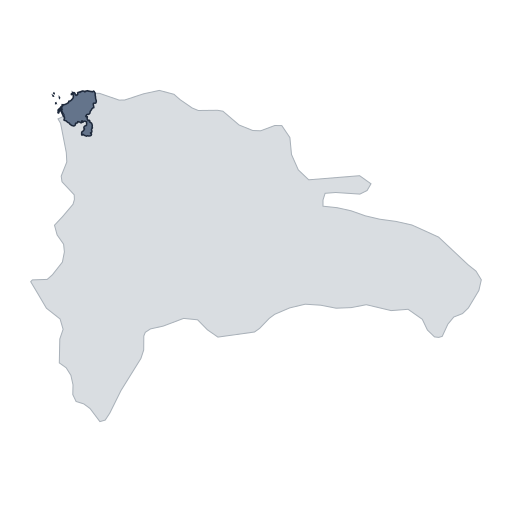 San Fernando de Monte Cristi, Monte Cristi, Dominican Republic (highlighted)
{"feature_id": "3306468B8968248816263", "entity_name": "San Fernando de Monte Cristi", "entity_type": "district", "adm_level": 2, "iso_a3": "DOM", "parent_name": "Dominican Republic", "parent_adm1": "Monte Cristi", "projection": "natural_earth1", "projection_center": [-71.673, 19.756], "detail": "fine", "context": "in_parent", "style": "filled", "palette": "slate", "viewbox_px": 512, "rotation_deg": 0, "n_neighbors": 0, "source": "geoboundaries", "source_scale": "gbopen_adm2", "svg_char_len": 6374}
<svg xmlns="http://www.w3.org/2000/svg" viewBox="0 0 512 512"><path d="M59.3,362.9L59.8,339.0L63.1,329.3L60.1,319.0L46.4,308.2L38.1,294.1L30.7,281.7L32.4,279.9L47.2,279.4L52.4,274.8L62.4,262.1L64.4,251.9L63.6,244.2L57.1,234.9L54.5,225.2L62.5,216.7L73.0,204.3L74.4,199.5L74.2,194.8L62.0,181.8L61.2,176.1L66.8,162.0L66.3,152.6L60.6,123.3L58.0,118.9L63.4,116.4L67.0,107.7L71.7,99.9L78.0,95.7L85.2,93.1L99.4,93.3L119.1,100.1L124.7,100.0L143.6,93.8L159.3,90.4L174.0,94.3L180.0,99.6L192.2,108.0L198.3,110.5L217.6,110.3L222.9,111.2L239.1,125.0L252.7,130.5L260.6,130.8L274.8,125.5L281.8,125.6L289.9,137.6L291.5,154.5L298.3,169.9L308.7,179.8L359.6,175.7L371.0,183.8L367.1,190.5L359.9,194.1L335.7,192.5L325.1,193.3L323.0,200.0L323.0,206.2L337.2,207.7L351.1,210.8L365.2,215.8L379.7,219.2L395.9,221.4L411.9,225.0L438.6,237.1L468.1,264.8L476.0,271.1L481.3,279.8L478.9,290.4L468.4,307.9L462.5,313.6L453.8,317.0L447.9,324.1L442.2,336.4L438.7,337.4L434.5,336.9L427.4,330.0L422.3,319.3L408.1,309.3L391.2,310.6L366.3,304.7L351.2,307.6L336.1,308.2L320.7,305.2L305.2,304.2L289.7,307.9L274.7,314.3L269.2,318.4L259.6,328.4L254.5,332.0L217.9,337.1L207.4,329.8L197.6,319.8L183.6,318.4L163.2,326.1L150.5,328.9L145.3,332.3L143.8,336.0L143.7,350.0L140.9,358.5L121.0,390.5L109.8,413.1L105.2,420.1L99.9,421.6L90.1,408.6L83.8,403.9L76.1,401.5L72.8,394.6L73.0,384.8L70.9,375.3L66.2,367.8L59.3,362.9Z" fill="#d9dde1" stroke="#a8b0b8" stroke-width="1"/><path d="M91.4,134.7L91.5,134.3L91.4,133.9L91.2,133.6L90.6,133.3L90.5,132.9L90.7,132.7L91.4,132.6L91.8,131.9L91.9,131.0L91.6,130.1L91.5,129.4L91.6,129.0L92.3,128.1L92.4,127.9L92.4,127.6L92.1,127.3L92.0,127.1L92.2,126.8L92.3,125.5L92.2,124.9L92.0,124.4L91.8,123.7L91.4,123.0L90.8,122.7L89.9,122.2L89.8,121.8L89.9,121.3L89.9,121.1L89.6,120.7L89.3,120.3L88.9,120.2L88.5,120.6L88.4,120.7L88.2,120.7L87.7,119.9L87.3,119.3L87.2,118.9L87.2,117.8L87.4,117.1L87.4,116.9L87.3,116.7L87.1,116.7L86.5,116.9L86.3,116.9L85.9,116.5L85.7,116.1L85.9,115.9L86.3,115.5L86.5,114.9L86.6,114.7L87.6,114.3L88.4,114.4L89.0,114.1L89.8,113.3L90.0,112.9L90.1,111.8L90.5,111.0L91.4,109.9L91.7,109.1L92.9,107.9L93.8,107.6L93.7,106.3L93.4,105.2L93.3,104.0L93.4,103.4L93.7,103.2L95.1,103.2L95.6,103.1L95.9,102.8L96.2,102.0L96.3,101.3L96.3,100.8L95.6,98.5L95.5,96.6L95.2,95.4L95.2,93.6L95.1,93.0L94.5,92.2L94.2,91.5L93.6,91.1L92.9,91.4L92.5,91.8L92.2,91.8L91.6,91.6L91.4,91.5L91.1,91.5L91.0,91.4L90.8,91.4L90.7,91.5L90.5,91.4L89.7,91.3L89.6,91.2L89.3,91.3L88.9,91.1L88.7,91.2L88.4,91.0L88.1,91.1L87.9,90.8L87.5,90.7L86.6,90.9L86.3,91.0L86.1,91.0L85.9,91.1L85.7,91.1L85.5,91.3L85.8,91.3L85.7,91.5L85.2,91.7L85.0,91.8L84.8,91.8L84.8,91.7L85.3,91.5L85.3,91.4L85.2,91.3L84.8,91.4L84.7,91.5L84.3,91.4L84.2,91.4L83.9,91.1L82.5,91.1L82.3,91.0L82.2,91.1L81.8,91.2L81.7,91.4L81.0,91.5L80.6,91.7L80.6,91.9L80.1,92.0L79.9,92.4L79.6,92.3L79.5,92.0L79.0,92.2L78.8,92.3L78.6,92.3L78.3,92.4L78.1,92.4L77.6,92.9L77.8,93.3L77.7,93.8L77.8,94.2L77.4,94.7L77.2,94.7L77.1,95.0L76.8,95.1L76.5,95.1L76.3,95.3L76.0,95.0L75.7,95.1L75.3,94.8L75.2,94.5L75.1,94.3L75.1,94.1L75.1,93.7L75.0,93.4L74.3,92.7L74.2,92.7L74.1,92.8L74.0,92.6L73.7,92.6L73.3,92.6L73.3,92.9L73.2,93.2L72.7,93.3L72.5,93.0L72.5,93.4L72.6,93.5L72.5,93.8L72.9,94.1L73.0,94.5L73.2,94.8L73.2,95.2L73.3,95.5L73.2,96.0L73.4,96.4L73.3,96.7L73.4,97.0L73.2,97.8L72.8,98.2L72.7,98.6L72.3,99.1L72.0,99.3L71.8,99.7L71.6,99.7L71.5,100.0L70.8,100.6L70.1,100.9L70.1,101.0L68.8,101.2L68.7,101.3L68.7,102.0L68.6,102.5L68.3,102.7L68.2,102.9L67.9,102.9L67.8,103.0L67.7,103.0L67.3,103.3L66.8,103.7L66.2,103.9L66.1,104.0L65.5,104.3L65.3,104.3L64.9,104.5L64.1,104.7L63.3,104.7L63.3,104.8L62.6,104.8L62.8,105.1L62.8,105.7L62.6,105.9L62.5,106.0L62.4,106.0L62.2,106.4L61.9,106.5L62.1,106.2L62.4,106.0L62.4,105.8L62.5,105.8L62.6,105.6L62.4,105.6L62.4,105.2L62.2,105.0L62.1,105.3L62.1,105.8L61.9,106.1L61.2,106.7L60.8,107.1L60.7,107.1L60.6,107.5L60.4,107.6L60.0,108.1L59.1,109.0L58.9,109.0L58.7,109.3L58.4,109.7L58.2,109.8L58.0,110.1L58.0,110.3L58.3,110.6L58.3,111.0L58.1,111.6L57.9,112.5L58.0,112.8L58.4,112.9L58.5,113.0L58.8,112.8L58.9,112.4L58.6,112.4L58.5,112.1L58.5,111.5L58.6,111.4L59.2,111.4L59.5,111.1L59.8,110.9L59.9,110.3L59.7,110.3L59.6,110.1L59.5,109.8L60.0,110.0L60.5,110.0L60.4,109.6L60.7,109.3L60.7,109.0L61.0,109.0L61.4,109.1L61.5,109.1L61.2,108.8L61.1,108.6L61.2,107.9L61.3,107.9L61.7,107.9L61.8,107.7L61.9,107.9L61.9,108.1L61.6,108.3L61.5,108.5L61.8,109.0L61.6,109.1L61.5,109.5L61.7,109.8L61.7,110.3L61.8,110.5L61.8,111.2L61.5,111.6L61.4,111.6L61.2,111.5L61.3,111.7L61.4,111.9L61.6,112.1L61.7,112.6L61.8,112.9L61.8,112.0L62.1,111.8L62.3,111.9L62.3,112.3L62.5,112.5L62.5,112.8L62.4,113.2L62.6,113.2L62.8,113.1L63.0,113.4L62.8,113.5L62.7,113.4L62.3,113.3L62.2,113.2L62.0,113.3L62.2,113.7L62.3,113.9L62.4,114.0L62.5,114.3L62.7,114.8L63.0,115.1L63.0,115.5L63.1,115.9L63.3,116.0L63.3,115.8L63.4,115.7L63.5,115.7L63.8,115.4L63.8,115.7L64.0,116.1L64.0,116.3L63.9,116.3L63.8,116.1L63.7,116.1L63.7,116.3L63.9,116.4L63.9,116.8L64.0,116.9L64.1,117.1L64.4,117.1L64.5,117.2L64.4,118.1L64.5,118.2L64.5,118.4L64.4,118.5L64.2,119.0L64.2,119.4L64.2,119.7L64.0,119.8L64.1,120.2L64.6,120.3L65.0,120.6L66.1,120.8L67.5,122.2L68.2,122.6L69.0,122.9L69.4,123.3L69.8,124.1L70.6,124.5L71.1,125.1L71.8,125.5L72.8,125.7L73.3,125.9L73.6,126.0L74.1,125.9L74.7,125.6L75.1,125.2L75.4,124.8L75.5,123.6L75.6,123.3L75.9,123.2L76.8,123.1L77.4,122.8L77.6,122.6L77.7,121.7L77.9,121.6L78.3,121.6L78.9,121.9L79.7,122.0L80.6,122.7L81.1,122.8L81.4,122.8L81.6,122.6L81.7,121.3L81.8,121.0L82.0,120.8L82.3,120.9L82.4,121.0L82.5,121.9L82.6,122.2L82.8,122.2L83.1,122.1L83.7,121.4L84.1,121.2L85.1,121.2L86.4,121.7L86.5,121.8L86.6,122.0L86.5,122.6L86.7,123.4L86.5,124.2L86.6,124.8L86.6,125.0L86.1,125.6L85.4,125.8L84.7,126.1L84.3,126.5L83.9,127.3L83.9,128.0L84.0,128.4L84.4,128.7L84.5,129.0L84.0,129.7L83.7,130.5L82.9,131.2L82.1,131.7L81.7,132.3L81.6,134.1L81.7,134.8L81.9,135.1L82.2,135.1L82.7,134.5L82.9,134.4L83.1,134.4L84.3,135.4L85.2,135.6L86.4,136.2L87.5,135.7L88.5,136.0L90.0,135.9L91.1,135.4L91.4,134.7ZM71.9,93.9L71.6,93.7L71.4,93.8L71.4,94.2L71.3,94.4L71.4,94.6L71.7,94.5L71.7,94.2L72.0,94.1L71.9,93.9ZM53.9,93.0L53.7,93.2L53.9,93.5L54.2,93.6L54.2,93.4L53.9,93.0ZM53.3,95.9L53.0,95.7L53.2,96.2L53.4,96.2L53.3,95.9ZM55.9,102.8L55.7,102.9L55.7,103.1L55.8,103.0L56.0,103.1L55.9,102.8ZM59.4,97.5L59.4,97.8L59.5,98.0L59.6,97.8L59.4,97.5Z" fill="#64748b" stroke="#1e293b" stroke-width="1.5"/></svg>